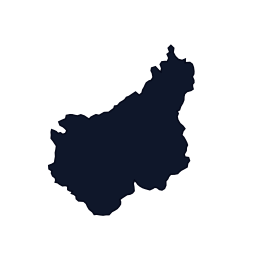 Piacatu, São Paulo, Brazil, rotated 113°
{"feature_id": "56859067B18730423511926", "entity_name": "Piacatu", "entity_type": "district", "adm_level": 2, "iso_a3": "BRA", "parent_name": "Brazil", "parent_adm1": "São Paulo", "projection": "orthographic", "projection_center": [-50.65, -21.576], "detail": "fine", "context": "isolated", "style": "filled", "palette": "ink", "viewbox_px": 256, "rotation_deg": 113, "n_neighbors": 0, "source": "geoboundaries", "source_scale": "gbopen_adm2", "svg_char_len": 2389}
<svg xmlns="http://www.w3.org/2000/svg" viewBox="0 0 256 256"><g transform="rotate(113 128 128)"><path d="M210.3,154.5L210.2,151.8L210.8,149.4L213.4,147.9L214.4,145.0L213.5,142.5L212.7,140.2L213.8,136.9L216.1,134.4L218.0,131.8L219.1,127.8L220.8,125.3L219.6,123.2L218.9,120.3L217.9,116.9L216.3,114.3L215.2,111.6L211.4,110.3L208.8,108.2L206.3,106.5L203.5,105.6L201.1,105.2L198.9,106.0L197.1,107.6L194.6,106.2L189.7,102.9L188.0,100.2L186.0,98.5L183.5,97.8L179.9,99.7L177.0,101.6L173.5,101.6L174.6,99.0L175.9,97.0L176.7,94.4L177.1,91.2L176.9,88.4L176.3,83.8L173.9,81.6L172.0,80.3L171.5,77.8L172.3,75.1L171.8,72.5L169.4,70.8L166.0,70.8L162.2,72.5L159.3,71.6L156.9,71.6L153.9,70.7L152.2,67.0L150.5,64.5L148.3,63.7L146.1,62.6L143.9,60.8L140.8,58.4L137.2,59.3L134.1,58.6L131.6,60.7L132.5,64.2L130.2,66.1L126.2,65.6L123.1,66.7L120.5,66.6L118.9,68.0L116.8,70.4L114.8,73.0L113.6,75.7L109.5,76.2L106.4,75.4L104.8,78.2L103.6,82.0L100.9,85.5L98.1,87.4L95.1,87.4L93.3,89.4L91.2,87.7L87.5,88.0L83.7,87.5L80.4,87.6L77.3,88.8L74.5,89.3L71.4,88.0L68.8,84.7L66.7,83.3L64.8,84.8L62.7,85.8L60.5,85.1L58.3,86.1L55.7,88.9L52.6,88.6L50.1,89.5L46.7,91.5L44.2,93.8L43.5,96.6L45.6,100.9L42.2,102.2L44.7,104.6L45.2,108.5L43.6,112.5L40.8,116.0L36.6,117.1L35.2,120.8L38.7,122.2L41.9,119.1L44.8,120.8L47.6,117.7L51.6,117.8L52.4,120.0L53.9,122.7L56.8,123.2L59.9,120.3L63.5,119.6L63.1,121.9L60.9,126.7L63.5,129.7L66.2,129.1L68.0,127.0L71.5,124.7L75.0,125.2L76.5,127.0L79.2,128.7L81.6,128.9L83.9,128.9L87.1,129.3L90.3,128.8L93.5,130.5L92.0,135.1L94.6,136.8L98.7,139.5L100.4,141.4L103.2,142.0L105.3,143.3L107.8,145.2L111.6,146.4L113.1,148.9L115.6,148.6L118.2,150.2L121.1,151.8L123.1,156.0L127.7,159.5L128.3,162.7L130.3,164.5L132.6,166.4L135.1,167.2L134.7,169.7L134.1,172.9L134.3,176.6L136.6,179.1L137.2,181.6L137.6,184.3L138.4,186.5L140.5,189.6L143.9,189.0L146.8,191.8L149.4,194.1L151.9,191.7L152.2,188.0L153.1,185.3L154.2,183.2L157.4,183.4L159.4,185.6L158.8,188.4L160.4,190.4L159.4,192.7L159.3,195.0L159.4,197.6L161.8,197.1L164.4,195.7L167.5,194.7L169.2,191.6L170.7,189.4L172.4,186.8L176.1,185.8L179.1,185.2L182.5,183.5L185.6,182.8L188.6,182.0L191.1,183.8L193.5,186.3L196.6,184.7L197.1,181.4L199.5,180.8L201.6,178.6L202.3,175.6L204.1,174.1L206.3,173.8L205.8,171.5L206.4,169.1L206.8,165.8L205.4,163.2L205.1,160.7L208.3,159.3L208.6,156.9L208.0,154.3L210.3,154.5Z" fill="#0f172a" stroke="#020617" stroke-width="1.5"/></g></svg>